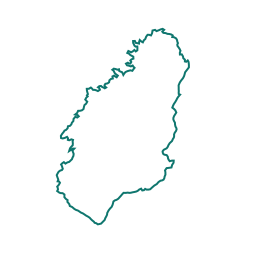 the district of Santana do Riacho, Minas Gerais, Brazil, rotated 49°
{"feature_id": "56859067B87261280335376", "entity_name": "Santana do Riacho", "entity_type": "district", "adm_level": 2, "iso_a3": "BRA", "parent_name": "Brazil", "parent_adm1": "Minas Gerais", "projection": "equal_earth", "projection_center": [-43.665, -19.182], "detail": "fine", "context": "isolated", "style": "outline", "palette": "teal", "viewbox_px": 256, "rotation_deg": 49, "n_neighbors": 0, "source": "geoboundaries", "source_scale": "gbopen_adm2", "svg_char_len": 4216}
<svg xmlns="http://www.w3.org/2000/svg" viewBox="0 0 256 256"><g transform="rotate(49 128 128)"><path d="M83.2,159.0L85.3,157.5L86.9,157.5L86.8,159.4L85.0,160.4L85.4,163.1L86.9,164.7L87.2,166.9L88.1,168.4L88.3,170.4L87.3,172.2L88.6,173.8L88.8,176.0L88.3,177.6L88.8,179.2L89.2,181.5L89.9,183.8L91.6,185.1L93.0,184.2L94.0,182.3L94.7,179.8L96.4,180.0L97.5,181.2L98.7,180.4L99.4,178.2L100.9,177.3L101.8,178.6L103.4,179.7L104.8,181.1L104.9,182.9L105.3,185.1L106.8,187.5L107.1,185.2L107.3,183.2L108.3,182.1L108.6,184.8L110.0,185.3L111.9,186.0L113.3,187.6L113.9,189.2L114.8,190.8L114.9,192.7L115.0,194.6L114.2,196.3L113.8,198.6L111.7,198.8L111.5,200.6L111.6,202.4L113.6,202.9L114.8,203.5L116.0,204.0L116.4,205.5L115.7,206.9L115.5,209.0L116.0,210.6L116.8,212.7L118.9,213.6L121.1,214.4L122.1,216.1L123.2,215.1L124.7,215.3L125.5,217.5L125.8,219.9L127.3,220.4L128.5,221.2L129.1,222.8L130.5,222.5L131.8,222.2L133.0,221.5L134.3,220.1L136.5,219.6L138.5,221.4L140.8,221.4L142.8,220.9L144.0,222.2L145.6,222.2L147.1,222.3L148.7,223.1L150.7,222.1L152.3,221.8L153.9,221.6L155.9,220.9L157.3,220.0L159.0,219.5L161.0,219.0L162.8,218.1L164.6,217.6L166.6,217.1L168.7,216.3L170.6,215.8L172.4,215.8L174.4,215.6L176.3,215.2L177.6,215.4L179.1,214.4L180.9,214.0L181.8,212.4L182.5,211.0L182.3,208.8L182.1,206.0L181.1,204.2L180.5,202.5L179.7,200.7L178.5,199.4L177.5,196.8L177.0,194.4L176.8,192.1L175.9,190.1L174.9,188.6L173.9,187.2L174.0,185.4L174.7,183.8L175.0,181.7L174.7,179.4L174.5,177.7L174.2,175.9L174.0,173.9L175.4,172.4L176.6,170.6L177.8,169.6L178.7,168.4L179.4,167.0L180.5,165.1L181.3,163.6L181.8,162.0L181.8,159.9L182.4,157.9L184.5,158.2L185.4,156.7L185.2,155.0L186.7,154.4L187.9,153.0L188.8,151.4L188.7,149.0L188.7,145.9L189.2,143.1L188.8,140.4L189.1,138.0L189.9,136.7L190.3,135.1L189.7,133.5L188.7,132.3L187.8,130.4L185.8,128.7L184.3,127.9L183.6,125.2L184.9,123.3L186.3,121.1L184.8,118.9L184.1,116.4L182.6,114.9L181.4,116.3L180.4,118.3L178.4,118.1L177.0,117.6L175.8,116.8L173.8,116.6L172.2,117.9L171.0,118.4L169.5,118.0L168.3,117.2L167.9,115.3L168.3,113.7L168.7,112.2L168.3,110.4L167.5,108.8L166.8,106.5L166.7,103.3L165.8,101.5L165.3,99.7L164.4,98.5L163.1,97.5L162.3,96.0L161.7,93.6L160.8,92.1L159.6,91.5L158.0,91.2L156.2,90.2L154.8,89.1L152.9,88.7L151.4,88.2L150.2,87.2L149.2,85.4L148.7,83.7L148.0,81.4L145.7,80.7L143.6,80.8L141.7,81.2L140.7,79.3L140.0,77.7L139.4,75.4L138.7,73.3L137.9,71.4L137.4,69.6L137.0,66.8L135.7,67.4L134.6,66.6L133.4,65.4L132.1,64.4L130.6,63.1L129.0,61.8L128.3,60.4L127.6,58.9L127.0,56.7L126.5,53.9L125.7,51.8L124.9,50.5L123.4,48.3L122.8,45.2L122.2,42.3L120.4,40.7L118.9,39.6L117.5,38.8L116.2,38.6L116.2,40.6L115.1,41.4L113.7,40.2L111.7,40.5L110.0,39.5L107.7,39.1L106.6,40.6L105.2,39.5L104.1,37.7L101.9,37.1L99.9,36.9L98.5,36.8L97.4,36.1L96.7,34.6L95.3,34.2L93.8,33.3L92.0,32.9L89.7,33.7L88.4,34.9L87.5,33.5L85.8,34.0L84.1,35.2L82.8,36.5L81.1,37.3L79.4,38.9L77.8,38.9L77.6,36.3L75.9,36.8L75.0,38.7L74.4,40.7L73.6,42.9L71.7,43.2L70.5,45.5L72.3,47.7L73.2,49.9L71.4,51.0L70.5,52.1L71.0,54.4L72.2,56.6L72.2,58.5L73.1,60.6L71.4,61.2L69.3,61.4L70.2,63.0L71.5,64.3L70.1,65.3L68.8,66.3L66.8,65.7L65.7,67.1L67.2,68.3L68.8,68.7L70.0,69.1L71.5,68.9L72.6,67.5L73.8,68.4L75.5,70.0L75.3,71.9L73.3,72.0L73.3,74.2L72.9,76.0L71.6,76.5L70.1,77.2L70.9,79.3L72.8,78.4L74.5,78.4L75.7,77.9L77.6,77.2L79.2,78.4L78.5,80.3L78.6,82.0L80.3,82.2L80.9,83.9L79.8,85.0L78.6,85.3L78.1,87.3L80.0,87.6L81.8,86.3L83.4,85.4L83.9,83.5L85.3,83.7L86.9,83.6L87.2,85.3L87.7,87.2L86.0,88.4L84.7,91.2L84.1,93.2L84.4,95.0L84.9,96.7L83.4,96.2L81.8,95.9L80.7,96.6L79.1,97.2L77.8,96.3L77.0,97.8L75.5,98.6L73.9,99.8L73.8,101.6L75.4,101.3L76.8,101.7L78.0,102.0L79.7,101.8L81.8,101.3L82.3,103.3L80.6,103.9L79.3,104.2L78.9,105.9L80.7,107.0L79.8,108.7L79.8,110.7L81.1,112.3L80.9,114.2L79.8,116.1L80.3,117.7L81.5,118.1L83.1,117.9L82.8,119.5L81.5,119.9L80.1,120.6L78.6,120.8L77.6,122.2L77.6,123.9L78.9,123.5L80.7,124.1L80.4,126.5L78.8,127.2L77.4,128.1L76.2,129.4L74.6,129.3L73.1,129.5L72.7,131.8L71.4,133.4L72.9,134.5L74.5,135.3L76.1,136.0L76.4,137.6L77.7,137.7L77.7,139.5L78.5,141.6L79.8,141.6L81.4,141.5L82.2,143.7L82.1,145.7L83.0,147.2L84.5,149.1L84.4,151.2L83.6,152.8L82.3,154.4L83.3,156.5L83.2,159.0Z" fill="none" stroke="#0f766e" stroke-width="2"/></g></svg>